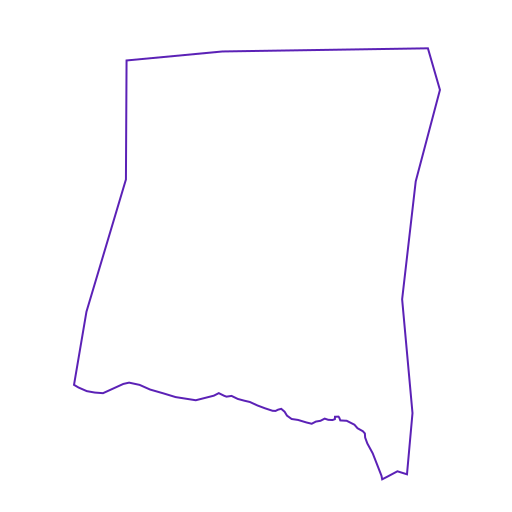 Boma, Bas-Congo, Democratic Republic of the Congo, rotated 3°
{"feature_id": "63176286B538038850114", "entity_name": "Boma", "entity_type": "district", "adm_level": 2, "iso_a3": "COD", "parent_name": "Democratic Republic of the Congo", "parent_adm1": "Bas-Congo", "projection": "equal_earth", "projection_center": [13.06, -5.819], "detail": "fine", "context": "isolated", "style": "outline", "palette": "violet", "viewbox_px": 512, "rotation_deg": 3, "n_neighbors": 0, "source": "geoboundaries", "source_scale": "gbopen_adm2", "svg_char_len": 948}
<svg xmlns="http://www.w3.org/2000/svg" viewBox="0 0 512 512"><g transform="rotate(3 256 256)"><path d="M393.7,472.4L398.7,469.5L408.5,463.6L418.2,466.1L420.5,404.7L404.2,291.6L411.6,173.1L431.0,80.5L416.8,39.6L211.8,53.5L116.5,67.5L122.1,186.4L89.6,320.5L81.0,394.2L85.6,396.6L94.1,399.8L102.1,400.8L110.4,401.0L130.2,390.7L135.9,389.1L146.5,390.8L157.2,394.9L170.6,398.0L183.1,401.1L203.4,403.2L221.2,397.7L226.0,394.9L231.6,397.3L233.9,398.0L238.9,397.0L245.3,399.7L251.9,401.1L257.5,402.1L265.3,405.2L272.9,407.6L280.6,409.7L283.6,409.7L286.1,408.3L289.2,407.3L292.7,410.0L295.3,413.8L300.1,416.9L306.5,417.5L315.1,419.6L320.4,420.6L324.5,418.2L329.0,417.2L333.1,414.8L336.7,415.8L341.0,415.8L343.3,414.8L343.3,412.4L346.8,412.1L347.6,413.1L348.8,415.8L355.2,415.8L363.1,419.3L366.4,422.7L371.9,425.4L374.0,427.5L374.5,431.6L377.0,437.4L382.9,447.0L387.7,457.6L392.8,468.9L393.7,472.4Z" fill="none" stroke="#5b21b6" stroke-width="2"/></g></svg>